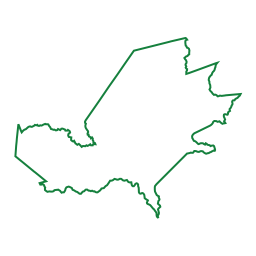 Parnamirim, Pernambuco, Brazil
{"feature_id": "56859067B61443615516540", "entity_name": "Parnamirim", "entity_type": "district", "adm_level": 2, "iso_a3": "BRA", "parent_name": "Brazil", "parent_adm1": "Pernambuco", "projection": "robinson", "projection_center": [-39.739, -8.164], "detail": "fine", "context": "isolated", "style": "outline", "palette": "green", "viewbox_px": 256, "rotation_deg": 0, "n_neighbors": 0, "source": "geoboundaries", "source_scale": "gbopen_adm2", "svg_char_len": 5144}
<svg xmlns="http://www.w3.org/2000/svg" viewBox="0 0 256 256"><path d="M109.1,86.3L99.3,100.7L85.6,120.4L85.0,121.8L85.1,122.9L85.9,123.7L85.4,125.2L85.4,126.8L85.9,128.2L87.2,130.1L87.9,131.0L88.2,132.0L87.5,133.5L87.7,134.7L88.6,134.7L88.9,136.4L89.9,136.8L90.5,137.3L90.9,138.3L92.0,137.4L92.8,138.6L92.7,140.1L93.3,140.9L93.4,142.3L95.0,143.1L95.4,144.2L94.7,144.1L93.0,144.4L92.7,145.3L90.9,145.3L90.2,144.3L89.3,145.0L87.6,145.9L86.4,145.3L85.4,146.2L82.9,146.0L81.7,146.9L80.1,145.1L78.8,143.9L77.3,144.8L76.1,143.8L75.4,143.4L74.8,142.0L74.1,140.8L73.3,141.5L72.5,141.2L71.2,140.2L71.1,139.1L71.3,137.4L68.8,136.9L68.2,135.6L68.3,134.5L68.7,133.5L69.5,133.3L70.1,132.3L69.6,131.1L67.9,129.9L67.3,130.6L65.4,130.6L65.0,129.6L63.3,128.9L62.5,128.6L61.4,128.7L60.2,130.1L58.0,129.0L57.2,130.1L55.9,130.4L54.4,129.6L53.5,129.8L52.3,129.3L51.0,129.0L50.2,127.2L49.1,125.9L48.3,124.4L46.9,124.2L45.9,124.3L45.2,123.9L43.2,124.7L42.0,125.4L41.2,125.6L40.2,125.3L39.2,125.9L38.1,125.8L37.3,124.8L36.3,125.3L34.9,124.9L34.3,125.6L32.8,126.4L32.0,126.8L31.1,126.8L30.3,126.4L29.4,126.5L28.3,127.0L26.6,128.5L25.8,129.2L24.4,129.7L23.1,130.7L21.7,132.4L21.3,131.6L18.4,124.2L16.9,138.1L16.6,141.7L16.2,145.5L15.4,156.3L20.8,160.7L29.0,167.4L34.1,171.6L35.2,172.4L46.1,181.3L39.6,183.1L40.3,184.6L41.4,184.6L42.8,184.2L44.1,185.2L44.4,186.4L45.2,187.6L44.9,188.7L45.0,190.0L46.2,191.0L47.4,191.8L48.9,191.5L49.7,191.4L50.8,191.6L52.2,191.6L53.6,191.2L54.4,190.2L56.2,189.9L57.3,189.9L58.1,189.6L58.9,190.1L60.1,190.8L60.7,191.7L61.6,192.7L62.6,192.3L63.9,192.3L64.7,191.2L65.2,190.3L65.6,188.6L66.5,187.3L68.6,186.6L69.6,186.9L71.8,188.0L72.6,189.8L74.2,190.4L75.8,191.5L77.3,192.0L79.5,193.7L80.9,193.8L82.7,191.7L84.2,191.2L85.1,190.2L85.9,189.6L87.2,189.6L88.5,190.6L89.7,190.7L90.9,191.2L92.1,190.7L93.4,191.4L94.6,191.3L95.2,191.9L96.2,192.3L97.6,192.3L98.5,191.6L99.9,190.6L101.0,189.3L101.5,188.5L103.8,188.1L105.6,186.1L107.1,185.2L108.7,182.9L110.1,180.7L111.0,180.7L111.8,180.6L113.0,180.1L114.5,178.9L115.7,179.2L117.1,179.7L118.3,179.6L119.9,178.8L121.3,178.9L122.9,180.3L124.3,180.7L126.9,180.0L127.9,181.4L128.4,182.0L129.5,182.4L131.3,182.3L131.7,184.7L132.1,185.6L132.8,186.2L133.8,186.2L134.7,185.2L135.4,183.9L136.5,183.3L137.4,183.6L138.1,184.5L138.1,186.1L138.7,187.7L138.9,192.1L139.5,193.3L140.3,193.7L141.3,193.5L142.1,193.0L142.9,193.2L143.6,193.8L144.3,195.0L144.7,198.2L145.7,199.0L147.9,200.4L146.9,202.5L147.1,203.5L148.0,204.1L149.3,204.6L150.3,205.2L151.3,206.4L153.1,208.6L154.1,209.4L154.9,210.7L155.7,211.7L156.5,213.0L156.6,215.3L156.9,216.6L158.4,218.0L157.9,216.7L157.8,215.7L158.8,213.9L158.9,212.7L158.0,209.3L158.5,208.5L160.3,206.8L160.0,205.6L157.9,203.7L158.4,201.0L159.2,200.1L159.5,199.2L158.7,197.4L158.9,196.4L157.8,195.8L156.7,195.0L155.0,191.5L154.9,190.6L154.8,189.5L154.8,187.2L155.0,186.1L155.7,185.2L156.4,184.3L186.3,154.3L186.9,153.6L188.4,153.3L189.8,153.0L190.8,152.6L191.8,152.8L192.9,152.8L193.7,151.9L194.3,151.0L196.0,151.1L197.1,151.6L198.2,151.9L199.3,151.8L200.4,151.2L201.7,151.1L202.9,151.4L203.4,152.1L204.6,153.0L206.1,153.7L206.9,153.5L207.7,153.2L208.7,153.1L209.8,152.4L211.0,152.0L211.8,151.4L212.5,151.2L213.6,150.5L214.7,150.8L215.1,150.0L214.9,148.8L214.4,147.3L214.1,146.2L213.3,145.5L211.9,145.6L210.5,146.1L209.7,145.2L208.6,145.0L207.3,144.7L206.7,143.8L205.7,143.3L205.0,144.6L204.0,144.1L203.1,143.4L202.0,143.2L200.4,143.3L199.3,143.9L198.4,144.1L197.7,143.5L197.0,142.8L196.2,142.0L195.1,141.2L193.8,140.8L193.1,139.4L192.3,138.1L192.1,136.5L192.3,135.6L192.9,134.7L193.7,133.8L194.5,133.2L199.3,130.9L200.1,130.5L201.5,129.8L210.1,125.6L211.0,125.0L211.9,124.2L212.7,123.2L213.2,121.9L214.3,121.0L216.3,121.1L217.5,121.8L218.5,121.6L219.5,121.3L220.3,122.2L221.0,122.8L221.7,123.3L222.4,123.8L223.5,123.4L224.6,123.3L225.4,123.1L224.8,122.1L224.1,121.3L224.5,120.5L225.1,119.6L224.5,118.0L223.9,116.8L223.8,115.6L224.0,114.6L224.9,114.2L225.8,114.3L226.7,114.6L227.5,114.7L228.0,113.8L228.1,112.3L229.1,111.5L230.0,110.9L229.7,110.1L229.6,109.1L230.6,108.0L231.4,106.5L231.6,105.5L232.4,104.5L232.5,103.2L232.1,101.9L232.4,101.0L233.1,100.3L234.5,100.3L235.3,99.1L236.4,98.4L237.5,97.9L238.6,96.6L239.8,95.6L240.6,94.0L225.9,95.3L224.7,95.5L221.6,95.9L219.9,95.6L218.6,96.2L217.6,96.3L216.7,95.3L215.8,94.8L215.0,94.6L214.0,94.9L212.6,93.6L211.7,92.2L210.5,91.1L209.5,89.5L209.9,88.7L210.4,87.6L210.3,86.1L210.2,85.1L209.4,83.2L209.4,81.6L208.7,80.0L209.0,78.1L209.4,77.2L210.1,76.4L210.7,75.5L211.6,74.9L212.3,72.9L213.0,71.8L213.8,71.1L214.6,69.8L214.9,68.3L215.4,67.2L215.6,65.7L216.0,64.5L216.5,63.8L217.3,62.8L215.4,63.4L198.5,69.6L189.1,73.0L186.3,73.9L186.3,71.6L187.0,70.4L187.1,69.1L186.2,68.5L185.7,67.6L186.3,66.4L185.5,64.9L185.7,64.0L186.4,63.1L186.6,61.8L186.0,60.2L185.1,59.2L184.4,58.0L185.5,57.0L186.2,56.4L187.5,56.0L188.4,54.8L189.2,54.4L189.2,52.8L189.3,51.5L189.4,50.4L188.9,48.7L187.7,47.8L186.9,47.6L186.4,46.2L185.7,45.6L185.4,43.4L185.3,41.9L185.5,40.7L186.3,39.9L187.1,39.7L186.2,38.4L185.4,38.0L170.8,41.4L169.4,41.8L152.3,46.1L133.9,50.7L126.1,61.9L124.5,64.2L117.5,74.4L109.1,86.3Z" fill="none" stroke="#15803d" stroke-width="2"/></svg>